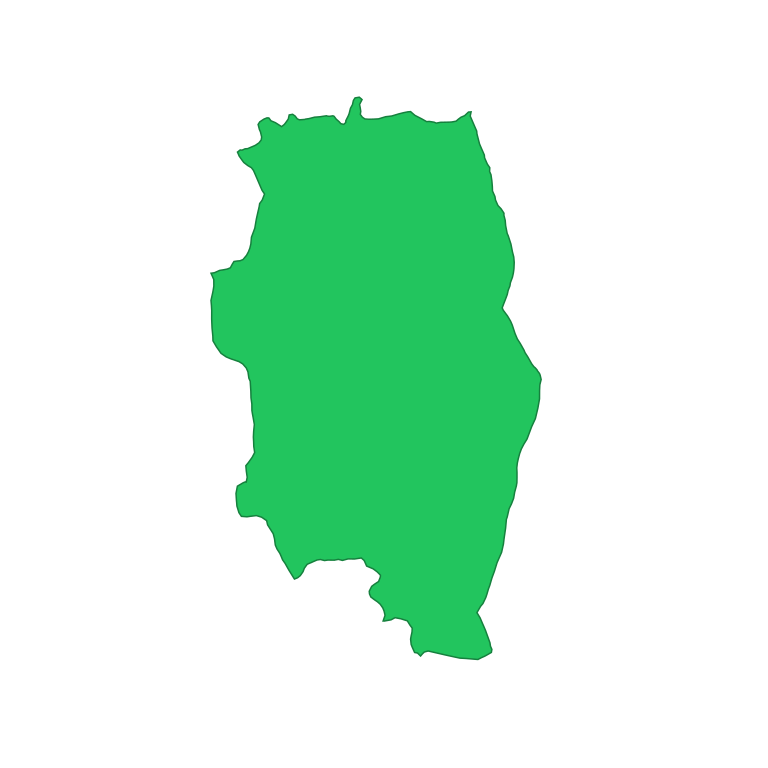 Ahnasya, Bani Suwayf, Egypt, rotated 158°
{"feature_id": "37247803B37545732740300", "entity_name": "Ahnasya", "entity_type": "district", "adm_level": 2, "iso_a3": "EGY", "parent_name": "Egypt", "parent_adm1": "Bani Suwayf", "projection": "robinson", "projection_center": [30.943, 29.102], "detail": "fine", "context": "isolated", "style": "filled", "palette": "green", "viewbox_px": 768, "rotation_deg": 158, "n_neighbors": 0, "source": "geoboundaries", "source_scale": "gbopen_adm2", "svg_char_len": 4794}
<svg xmlns="http://www.w3.org/2000/svg" viewBox="0 0 768 768"><g transform="rotate(158 384 384)"><path d="M452.0,118.1L449.5,119.4L447.0,120.4L443.1,119.9L441.8,119.0L431.5,111.8L428.8,109.9L421.5,104.9L417.5,102.2L416.3,101.4L410.8,98.8L404.1,95.4L400.1,93.4L395.9,93.8L395.2,93.8L392.5,93.9L389.3,94.3L385.0,94.9L383.4,97.5L383.5,101.0L382.7,104.4L382.2,117.4L382.3,122.6L382.4,125.2L382.5,131.2L383.5,137.2L377.7,141.7L374.5,143.4L369.6,147.9L367.3,150.6L363.9,154.9L361.5,157.5L356.6,163.7L351.8,169.0L346.1,176.0L338.0,183.9L333.2,190.9L330.8,195.3L325.2,204.9L321.2,212.7L319.6,214.5L314.7,221.5L310.7,225.1L306.6,229.5L303.4,234.7L299.4,240.0L298.7,241.2L297.8,242.6L295.7,247.5L293.8,252.2L292.3,256.5L289.9,260.9L288.8,262.5L287.5,264.4L284.2,268.8L282.6,270.5L281.0,272.3L276.9,275.8L272.0,279.4L269.6,282.0L263.1,289.1L256.6,295.2L251.0,303.1L250.3,304.1L245.4,311.9L242.2,319.7L239.8,324.9L236.6,329.3L235.9,333.7L235.9,335.6L236.8,338.8L236.8,339.7L237.7,342.3L238.6,344.0L239.5,347.4L240.5,355.1L241.5,360.3L241.5,362.9L242.5,370.6L243.5,375.8L243.6,381.8L243.0,390.5L243.1,394.8L244.0,400.8L244.9,404.2L245.8,407.7L245.9,410.3L242.7,413.8L239.4,417.3L236.2,420.8L233.8,424.3L230.5,427.8L228.9,430.5L224.9,434.9L222.5,438.4L221.0,441.0L220.1,442.7L219.3,444.5L217.7,448.0L216.1,453.2L215.4,458.4L213.9,466.2L213.3,474.8L213.4,477.4L211.9,485.2L210.3,490.4L209.6,495.6L208.8,497.4L209.8,502.5L211.5,506.8L211.7,512.8L210.9,516.3L211.0,518.9L211.1,522.3L209.5,526.7L207.9,531.9L206.4,538.0L206.5,541.4L204.9,544.9L205.8,549.2L205.9,551.8L206.0,556.1L205.2,558.7L205.3,563.0L205.4,565.6L205.5,570.8L204.8,576.0L204.1,581.2L203.3,583.8L203.4,587.2L203.5,591.5L203.6,595.8L203.7,600.1L201.3,603.7L202.6,604.1L203.8,604.5L208.7,602.6L212.8,602.5L216.1,601.6L218.6,600.7L222.8,601.5L225.3,602.3L229.5,603.9L233.7,605.5L237.8,606.3L239.5,608.0L243.7,610.5L246.2,611.3L249.6,615.6L254.7,621.5L256.2,624.4L257.3,626.6L259.9,627.4L264.0,628.2L269.0,628.9L276.5,629.6L282.3,631.2L289.8,631.9L294.8,633.6L299.0,635.2L302.4,636.9L304.1,639.4L305.0,642.8L303.4,645.5L302.6,648.9L301.9,652.4L297.8,655.9L298.3,657.0L299.5,659.2L303.7,660.1L306.2,658.3L308.6,654.8L311.8,652.2L315.0,647.8L316.7,646.0L320.7,642.5L321.5,640.8L324.0,639.8L325.3,640.7L326.5,641.5L327.4,644.1L329.1,647.5L330.0,650.9L330.9,651.8L334.2,652.6L335.9,653.4L336.8,654.2L340.0,655.0L343.4,655.8L348.4,657.4L354.3,658.2L357.6,659.0L358.4,659.0L363.4,660.6L365.1,662.3L366.0,665.7L367.7,668.3L371.1,669.0L373.5,665.5L377.6,662.9L379.2,662.0L382.5,661.0L386.8,667.0L390.2,670.4L391.1,673.8L392.8,674.6L396.1,674.6L401.0,673.6L403.5,671.8L404.2,666.6L404.1,664.0L404.9,658.8L406.5,656.2L409.7,654.4L413.9,653.5L417.2,653.4L418.8,653.4L422.2,653.3L424.7,654.1L428.0,654.0L429.7,654.9L433.0,653.9L432.9,651.6L432.9,649.6L431.9,645.3L431.0,641.9L428.5,637.6L425.9,634.2L425.0,630.8L424.8,623.0L424.7,617.9L424.6,612.7L424.5,609.2L423.6,604.9L428.1,600.1L431.7,597.9L433.3,595.2L438.2,588.2L440.6,584.7L445.4,576.9L449.4,572.5L451.9,569.8L455.0,563.7L457.5,560.2L459.2,558.4L459.9,557.6L463.1,554.9L468.1,552.2L471.4,552.2L473.9,553.0L477.2,553.8L479.7,552.0L482.9,549.3L486.3,549.3L490.4,550.1L493.8,550.9L499.6,550.7L502.9,551.5L502.8,549.4L502.7,544.6L505.1,538.5L507.1,535.2L508.3,533.3L513.1,526.3L514.7,521.1L516.2,516.7L519.4,508.9L522.5,500.2L524.8,492.4L526.4,488.1L525.9,484.6L525.4,481.2L524.3,476.5L524.1,475.5L523.6,473.4L520.2,468.3L516.8,464.9L510.0,459.0L507.5,455.6L505.7,450.5L505.6,446.2L507.1,440.1L507.1,438.8L507.0,436.7L510.2,427.1L512.5,421.0L514.0,415.0L516.4,408.9L517.2,405.4L517.9,401.9L519.4,395.0L522.6,388.9L525.0,383.7L526.5,379.3L528.1,375.0L529.6,368.9L533.7,365.4L539.4,361.8L542.7,360.0L544.3,354.8L545.8,348.7L548.5,344.7L549.3,345.2L551.5,345.2L558.2,344.2L562.2,338.0L564.5,331.1L565.0,329.4L566.1,325.9L566.7,319.0L565.8,314.7L560.8,312.2L557.5,311.4L551.6,309.8L547.4,306.4L544.0,301.3L544.7,297.0L542.8,286.7L543.5,281.5L545.1,275.4L545.0,271.1L544.0,265.9L543.9,262.5L543.9,259.0L542.9,254.7L541.9,247.0L541.0,241.8L540.5,238.9L540.1,236.7L536.7,236.7L533.4,237.7L529.4,240.3L526.9,243.0L522.8,245.6L520.3,245.7L518.4,245.7L516.2,245.8L512.0,245.9L508.7,245.1L505.3,242.6L502.0,241.8L496.1,239.3L492.0,238.5L488.6,236.0L482.8,235.3L476.9,232.8L470.2,231.2L468.5,227.8L468.4,225.2L468.3,221.7L465.0,218.4L463.3,216.7L460.7,212.4L458.9,208.1L459.7,206.4L463.0,202.9L467.9,201.9L471.2,201.0L475.3,197.4L476.1,194.8L476.0,191.4L473.4,187.1L471.7,184.6L470.0,181.2L469.0,176.9L469.0,173.4L469.7,169.1L473.6,164.6L472.5,164.1L465.8,162.7L464.9,162.8L461.3,163.2L456.2,159.9L453.8,157.9L452.5,156.8L451.1,155.7L450.2,150.5L449.3,147.1L450.9,143.6L453.3,140.1L454.9,137.5L456.4,132.3L456.4,128.8L456.2,123.6L453.7,122.0L452.0,118.1Z" fill="#22c55e" stroke="#15803d" stroke-width="1.5"/></g></svg>